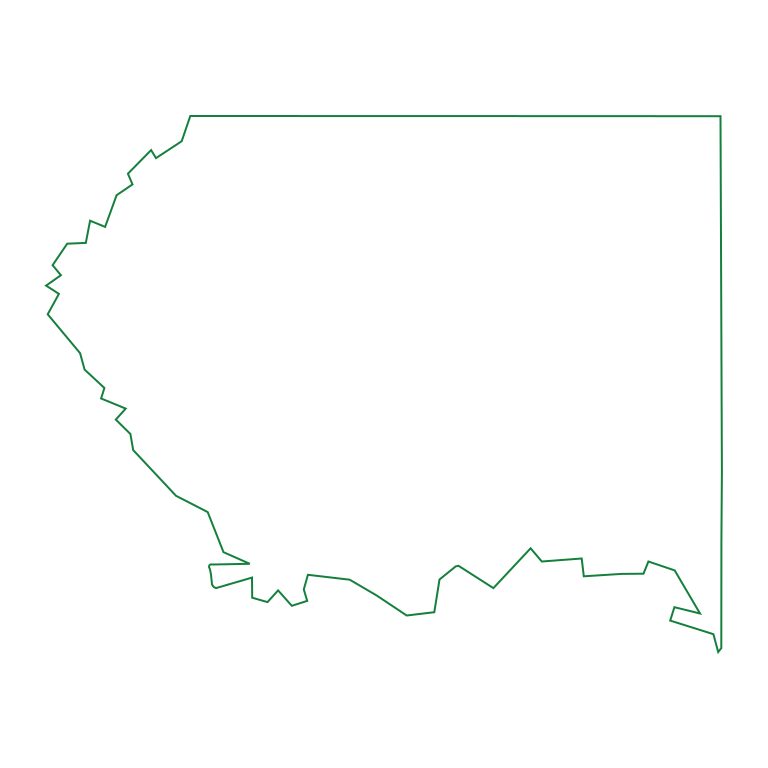 the district of Pottawatomie, Kansas, United States of America
{"feature_id": "52423323B67530178670181", "entity_name": "Pottawatomie", "entity_type": "district", "adm_level": 2, "iso_a3": "USA", "parent_name": "United States of America", "parent_adm1": "Kansas", "projection": "natural_earth1", "projection_center": [-96.445, 39.346], "detail": "fine", "context": "isolated", "style": "outline", "palette": "green", "viewbox_px": 768, "rotation_deg": 0, "n_neighbors": 0, "source": "geoboundaries", "source_scale": "gbopen_adm2", "svg_char_len": 981}
<svg xmlns="http://www.w3.org/2000/svg" viewBox="0 0 768 768"><path d="M522.8,116.1L190.3,116.0L181.7,141.2L156.0,158.1L151.1,150.1L127.9,173.7L132.5,184.4L116.6,195.2L105.1,226.9L90.1,220.7L85.8,242.9L67.2,243.7L52.6,265.2L60.9,275.2L46.1,285.6L58.9,293.9L47.7,314.3L80.1,353.2L84.6,369.6L104.4,388.0L101.1,398.5L125.7,408.6L115.8,419.6L130.4,434.0L133.2,450.1L176.0,495.8L207.7,512.1L223.5,552.2L249.8,563.8L213.3,564.5L210.6,564.4L209.4,565.2L209.0,567.0L209.9,569.1L211.0,574.5L212.0,584.4L213.6,586.9L216.0,588.1L252.0,577.6L252.2,597.7L267.5,602.1L278.1,590.4L291.8,605.8L307.2,600.9L303.8,589.4L307.9,574.8L349.7,579.7L376.7,595.5L406.7,615.5L434.3,612.2L439.5,579.5L455.7,566.4L458.5,565.8L493.4,588.1L530.6,548.3L541.8,561.5L581.7,558.5L583.8,576.3L621.5,573.9L643.5,573.7L648.4,561.5L674.7,570.4L700.0,613.5L674.4,607.2L670.2,620.6L713.4,634.2L718.2,652.0L721.3,648.1L721.4,542.3L721.9,471.5L720.5,116.2L522.8,116.1Z" fill="none" stroke="#15803d" stroke-width="2"/></svg>